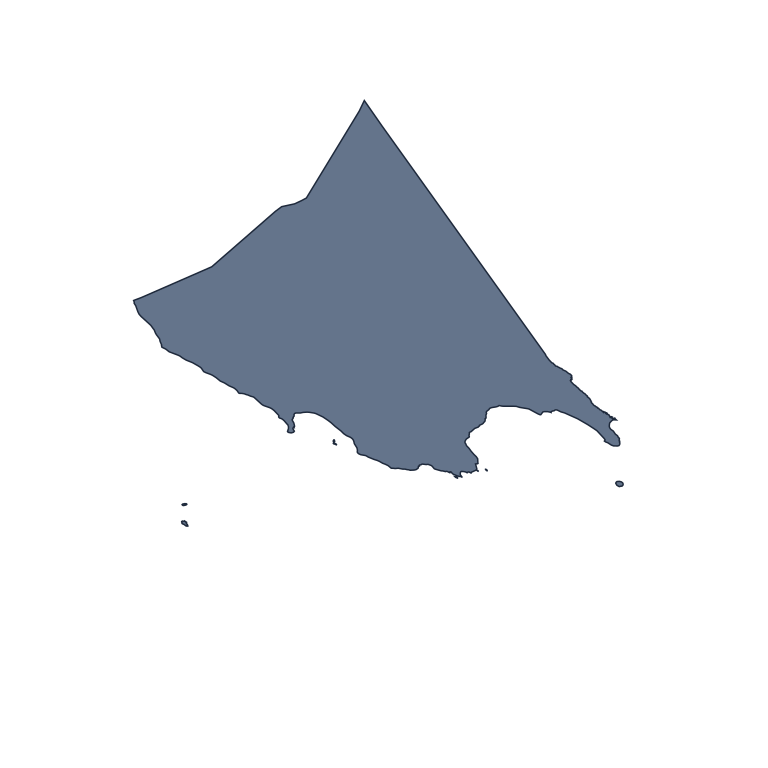 the district of Tjörneshreppur, Norðurland eystra, Iceland, rotated 213°
{"feature_id": "244011B23966539039805", "entity_name": "Tjörneshreppur", "entity_type": "district", "adm_level": 2, "iso_a3": "ISL", "parent_name": "Iceland", "parent_adm1": "Norðurland eystra", "projection": "equal_earth", "projection_center": [-17.235, 66.145], "detail": "fine", "context": "isolated", "style": "filled", "palette": "slate", "viewbox_px": 768, "rotation_deg": 213, "n_neighbors": 0, "source": "geoboundaries", "source_scale": "gbopen_adm2", "svg_char_len": 6143}
<svg xmlns="http://www.w3.org/2000/svg" viewBox="0 0 768 768"><g transform="rotate(213 384 384)"><path d="M639.5,317.7L638.2,316.8L637.8,316.3L637.7,315.8L637.2,315.5L634.8,314.4L629.7,310.5L627.3,309.1L624.3,308.3L611.5,306.2L607.4,304.6L606.5,304.4L603.3,302.2L601.7,301.4L596.8,299.6L595.0,297.8L591.7,295.6L591.6,295.1L590.3,293.9L586.2,294.4L581.7,294.0L572.0,296.1L570.2,296.3L567.5,296.1L562.9,296.3L556.3,297.6L549.6,298.0L546.9,298.0L545.6,297.7L542.0,296.2L539.5,296.5L534.7,297.6L532.5,297.9L528.2,297.9L522.9,297.3L518.4,298.0L512.9,298.1L508.2,298.9L506.5,298.9L503.8,298.5L500.9,297.3L500.0,297.5L498.1,298.7L495.8,299.7L493.7,300.1L492.4,300.6L489.4,301.1L486.5,302.0L485.5,302.0L475.9,300.4L474.4,300.3L472.7,300.5L467.0,301.9L465.5,302.1L463.8,302.1L461.7,301.9L455.4,300.4L454.8,300.0L454.5,299.1L453.8,298.7L453.0,298.6L451.1,299.1L449.5,299.1L447.6,298.8L443.6,297.6L442.4,297.4L440.9,296.2L440.3,295.3L439.6,294.0L439.6,293.4L439.2,292.4L439.2,291.8L438.7,291.5L438.0,291.3L435.9,292.1L434.9,292.7L433.6,294.3L433.5,295.6L435.6,296.6L436.3,297.2L436.3,298.0L435.6,298.4L436.3,298.9L435.9,299.6L436.3,300.2L438.4,302.2L441.1,303.6L441.7,304.3L441.5,305.3L441.7,306.2L442.1,306.5L441.9,308.1L442.9,309.5L442.9,310.6L442.1,311.7L438.4,314.1L436.4,316.1L433.2,318.5L431.2,319.6L426.7,321.6L424.9,322.1L417.3,323.1L411.1,323.0L407.2,322.7L401.8,321.8L394.6,321.2L390.8,320.4L387.3,320.3L383.1,321.0L381.2,320.9L379.6,320.5L378.0,319.4L376.4,317.8L371.9,315.7L370.3,314.1L369.4,312.4L368.8,312.0L367.4,311.7L365.1,312.0L360.6,313.9L359.6,314.1L357.6,314.1L351.3,315.3L348.1,316.2L345.7,316.6L341.9,316.8L339.2,317.4L336.0,317.8L332.1,317.3L329.7,318.7L328.7,319.1L326.2,321.1L322.0,322.8L319.9,324.1L318.1,324.7L316.6,325.5L315.1,325.9L311.9,328.2L310.5,329.6L309.6,331.7L309.6,332.3L310.3,333.7L309.6,334.5L310.1,335.1L310.0,335.4L308.9,336.5L308.5,337.5L308.1,337.8L305.2,339.2L304.6,339.5L304.2,340.0L303.0,340.7L299.8,341.4L298.6,341.2L295.6,340.3L294.6,340.5L288.7,342.3L287.4,343.1L284.7,344.0L284.3,344.6L283.3,345.1L280.5,345.4L280.4,345.5L280.9,345.9L280.9,346.2L280.6,346.5L280.1,346.7L279.3,346.7L278.0,346.1L276.7,346.1L272.7,346.8L270.0,347.7L269.2,348.2L268.0,348.3L268.0,348.5L270.2,349.3L271.0,349.9L271.7,351.3L271.8,352.2L271.5,352.8L269.6,353.9L267.6,354.7L266.0,354.8L265.7,355.1L265.8,355.5L265.5,356.0L264.8,356.5L262.6,356.7L262.4,356.9L262.7,357.5L260.0,361.7L259.8,362.5L260.0,363.5L263.7,366.8L262.1,368.1L261.9,368.6L262.4,369.1L264.7,372.3L267.0,373.3L270.2,373.9L274.4,375.1L277.7,376.4L281.2,377.2L282.9,378.4L284.0,378.8L284.6,379.5L284.9,380.6L285.0,381.8L284.9,382.9L283.7,385.7L283.7,386.2L284.9,387.4L285.1,388.4L286.0,389.8L285.7,390.5L285.0,391.4L283.7,396.2L281.5,399.2L281.4,400.2L281.1,400.8L281.4,401.4L279.7,404.1L279.4,405.1L279.4,406.1L279.1,407.3L279.1,407.9L279.6,409.0L280.3,410.0L279.9,411.1L281.6,413.5L281.9,415.1L282.9,416.0L283.0,417.0L282.1,419.6L282.1,420.9L281.7,421.8L280.8,422.9L277.7,425.7L276.3,427.3L275.8,428.6L273.0,429.7L271.4,430.6L263.9,435.5L260.9,437.3L257.4,438.3L249.7,441.7L248.6,442.0L238.6,442.8L236.4,443.2L235.8,443.6L235.5,447.1L234.7,448.0L231.8,449.9L229.5,450.8L228.4,451.1L228.8,451.5L228.4,452.4L227.9,453.2L226.8,454.1L226.3,455.5L225.5,456.1L224.4,456.5L220.4,457.0L216.8,458.1L202.7,460.3L191.0,460.9L183.6,460.9L180.0,460.8L169.6,458.2L168.2,457.6L168.0,456.9L168.1,456.2L166.6,456.1L164.4,456.6L160.1,456.6L157.8,457.1L154.4,459.2L153.4,460.3L153.4,461.6L154.1,463.1L154.9,463.5L155.1,463.8L155.0,464.2L155.2,464.5L155.9,464.6L156.2,465.0L156.8,466.4L157.2,466.7L158.3,466.8L160.0,467.8L162.7,468.0L166.0,469.4L168.9,469.5L170.0,469.8L171.3,470.5L172.1,471.3L173.2,473.4L173.5,474.5L172.9,477.6L172.0,479.0L169.6,480.4L171.4,480.7L171.6,481.1L171.9,481.1L172.3,480.8L172.4,480.4L173.2,479.9L173.1,479.5L173.3,479.3L173.7,479.4L174.9,480.2L174.7,480.6L175.2,480.6L175.7,480.3L174.8,479.6L175.4,479.4L176.1,479.9L176.5,479.9L176.5,479.4L178.4,480.6L180.5,480.3L180.2,480.6L181.4,481.1L181.7,481.0L181.5,480.4L182.5,480.8L182.8,480.8L182.6,480.4L184.7,480.5L185.6,480.2L184.8,480.0L184.7,479.8L187.7,480.3L188.8,480.0L191.1,480.5L191.6,480.4L191.7,480.2L192.7,480.6L193.9,480.4L194.9,480.6L195.8,480.4L197.2,480.6L198.0,481.0L199.8,481.3L200.1,481.5L200.2,481.9L200.8,482.1L201.3,482.6L203.7,483.8L206.5,484.0L206.6,484.5L207.0,484.7L208.5,484.8L210.4,485.3L211.5,485.1L213.6,485.5L214.1,485.8L214.7,485.5L216.3,485.6L217.1,486.0L217.8,485.9L218.9,486.4L220.7,486.5L222.4,486.9L224.6,486.9L228.7,487.9L229.4,488.3L229.1,488.7L229.7,489.4L229.0,489.8L229.1,490.4L229.0,490.6L230.5,491.2L230.0,491.8L230.2,492.1L231.0,492.5L231.0,493.1L232.0,493.5L232.7,493.5L233.0,493.7L235.0,493.4L238.5,493.8L241.4,493.3L243.2,493.7L245.2,493.2L245.8,493.3L246.9,493.0L248.1,493.2L250.0,492.5L251.4,493.1L252.1,493.0L253.2,493.5L254.9,493.2L258.6,494.1L263.0,495.7L263.8,496.0L264.6,496.7L526.4,599.4L554.9,611.0L553.4,599.4L550.4,497.7L553.1,492.8L557.1,486.4L566.4,477.0L569.1,469.7L592.3,388.5L634.7,324.2L639.5,317.7ZM131.6,431.2L133.5,430.6L135.5,429.1L135.8,427.8L135.5,426.9L133.5,425.9L131.3,426.0L130.6,426.2L129.7,427.3L128.8,427.9L128.5,429.2L128.9,430.3L130.0,431.1L131.6,431.2ZM477.3,157.0L476.7,157.0L475.1,157.3L472.7,157.1L472.3,157.2L472.2,157.4L472.4,157.5L472.2,157.7L471.1,157.9L471.1,158.1L471.7,158.4L471.9,158.7L472.7,159.2L473.3,159.2L474.4,159.9L474.8,160.2L474.6,160.5L476.8,160.5L476.8,160.0L478.4,159.3L478.8,158.5L478.6,158.1L477.3,157.3L477.3,157.0ZM484.7,175.9L486.0,175.1L487.5,173.6L487.6,172.8L486.8,172.6L486.2,172.7L485.6,173.1L484.7,174.3L484.3,174.4L483.8,175.6L484.1,175.9L484.7,175.9ZM394.3,307.2L394.2,306.6L393.7,306.4L392.0,306.9L390.3,307.0L391.6,307.6L394.3,307.2ZM272.8,345.4L274.0,344.9L273.1,344.7L270.5,345.2L271.6,345.5L272.8,345.4ZM395.4,310.0L395.7,309.7L395.6,309.3L394.8,309.0L394.8,308.6L395.2,308.3L394.7,308.1L394.3,308.2L394.0,308.8L394.6,309.2L394.8,309.8L395.4,310.0ZM252.4,367.8L252.3,367.6L251.2,367.3L250.3,367.3L250.3,367.6L250.7,367.9L252.0,368.0L252.4,367.8ZM258.8,362.3L258.8,362.1L258.1,362.0L257.0,362.2L258.4,362.5L258.8,362.3Z" fill="#64748b" stroke="#1e293b" stroke-width="1.5"/></g></svg>